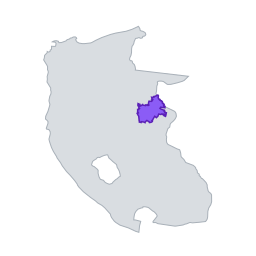 John Taolo Gaetsewe, Northern Cape, South Africa shown in context, rotated 97°
{"feature_id": "47623444B84629172160693", "entity_name": "John Taolo Gaetsewe", "entity_type": "district", "adm_level": 2, "iso_a3": "ZAF", "parent_name": "South Africa", "parent_adm1": "Northern Cape", "projection": "robinson", "projection_center": [22.441, -26.985], "detail": "fine", "context": "in_parent", "style": "filled", "palette": "violet", "viewbox_px": 256, "rotation_deg": 97, "n_neighbors": 0, "source": "geoboundaries", "source_scale": "gbopen_adm2", "svg_char_len": 6511}
<svg xmlns="http://www.w3.org/2000/svg" viewBox="0 0 256 256"><g transform="rotate(97 128 128)"><path d="M184.3,36.9L191.0,36.0L194.0,36.5L197.6,38.1L201.0,38.6L206.7,38.1L208.7,38.3L210.2,38.9L211.4,39.7L212.9,45.9L214.3,52.5L214.2,54.6L214.4,55.4L216.0,58.2L216.6,60.0L217.5,61.4L219.5,68.4L219.7,69.7L219.3,86.7L218.5,88.8L218.8,91.5L217.8,91.8L212.2,88.4L211.2,88.5L209.6,89.8L208.0,91.8L207.3,93.5L204.4,98.1L204.1,101.0L204.3,103.5L205.3,103.6L205.9,105.4L207.4,108.3L210.0,110.1L212.4,111.0L215.8,111.2L218.5,111.1L218.4,109.2L219.1,104.0L223.5,104.6L230.2,104.5L229.6,107.8L227.1,115.5L225.4,124.1L223.3,128.5L222.1,130.3L218.9,133.4L217.1,134.5L215.7,134.9L210.1,141.3L208.0,144.4L206.1,148.9L204.3,151.4L201.5,156.7L196.7,164.5L192.6,169.6L190.9,171.1L189.7,171.7L186.5,174.7L182.1,179.5L178.7,183.7L173.6,188.6L170.7,190.7L166.3,194.8L165.1,195.4L160.2,199.3L156.6,201.6L150.9,204.3L148.7,205.1L143.3,204.4L141.1,204.8L139.2,206.4L139.0,208.7L138.2,209.1L133.3,208.0L131.3,208.2L130.1,209.5L129.1,211.0L126.3,211.1L121.3,209.5L115.4,208.5L114.0,208.4L111.2,209.6L110.2,209.8L106.0,209.5L103.7,208.7L101.5,208.7L99.8,209.4L97.7,209.6L92.2,214.0L89.3,214.0L86.8,214.5L82.5,213.9L81.2,214.2L79.9,215.0L76.9,215.3L75.7,216.0L70.7,220.0L68.7,219.6L66.0,219.6L63.1,217.4L61.9,217.5L62.2,216.9L62.3,215.8L61.3,214.6L60.1,214.7L59.5,213.7L57.7,213.6L56.2,213.9L55.9,210.2L55.2,209.8L53.4,209.7L52.6,209.8L52.2,210.2L51.7,211.0L51.7,213.6L51.1,212.9L50.4,211.3L50.1,209.7L50.4,207.7L51.7,207.0L51.3,204.5L49.1,200.2L47.8,199.2L46.8,197.0L45.8,196.2L45.4,194.7L44.4,193.5L44.0,191.5L44.5,190.4L45.4,189.8L46.3,190.7L47.3,190.4L48.9,189.0L49.7,186.8L49.8,183.4L49.5,181.2L48.2,175.7L47.6,174.4L44.8,170.5L41.5,165.2L37.3,156.8L35.3,151.8L32.2,141.7L29.5,135.9L26.2,130.6L25.8,130.2L26.3,129.6L28.0,128.3L28.8,128.0L29.2,128.1L29.6,127.8L30.0,127.0L30.2,125.1L31.0,123.1L31.7,122.2L33.3,121.7L34.4,122.4L34.9,123.1L35.1,124.1L35.6,124.6L36.5,124.5L37.0,125.1L37.4,126.4L37.3,127.2L36.9,127.8L37.0,128.5L37.6,129.4L38.2,131.4L41.4,132.4L43.1,132.5L44.8,133.0L46.4,133.9L48.9,134.1L52.5,133.7L55.5,133.9L57.8,134.7L59.5,134.9L60.5,134.3L61.0,133.6L60.8,132.5L61.3,131.9L62.5,131.6L63.4,130.8L64.1,129.6L65.8,128.6L68.3,127.8L69.6,127.8L69.3,74.3L73.9,78.0L75.0,79.7L77.2,84.7L79.5,90.9L79.9,93.8L79.8,94.5L77.5,98.6L77.4,100.5L77.7,102.9L78.2,104.1L78.9,104.5L80.5,103.9L83.0,104.5L87.8,104.2L90.2,104.5L90.8,104.3L91.3,103.8L92.0,102.4L92.5,102.0L94.7,101.3L95.7,100.5L97.3,97.8L102.1,94.0L102.6,93.1L105.6,84.2L106.5,82.9L107.8,82.1L110.4,81.4L112.0,81.8L113.6,82.5L115.5,83.8L118.3,86.3L119.2,86.6L122.0,86.7L123.7,88.3L128.9,89.4L130.4,89.4L132.1,88.5L134.7,88.5L137.6,87.9L139.4,86.4L142.8,76.6L143.2,74.4L143.6,73.9L146.3,72.7L149.7,71.9L150.3,71.5L152.4,68.7L155.2,66.5L157.1,58.7L158.4,56.8L159.2,56.0L159.7,56.0L160.4,55.5L161.3,54.6L162.3,54.0L163.6,53.8L164.4,53.1L164.8,52.1L165.4,51.6L166.4,51.6L166.9,51.3L167.0,50.6L169.1,48.9L169.1,48.2L170.3,46.6L172.6,43.9L174.8,42.5L176.8,42.2L180.6,40.8L181.9,39.6L182.8,37.9L184.3,36.9ZM176.5,152.2L179.9,150.9L182.3,149.2L182.9,146.0L184.8,144.0L185.5,142.2L186.1,139.7L185.0,137.1L183.5,136.3L180.8,134.0L179.6,132.5L177.9,131.2L176.8,129.7L174.9,130.2L171.9,131.4L170.0,132.6L168.5,133.9L165.7,134.9L163.0,139.2L162.2,140.2L160.1,143.3L157.2,144.9L157.1,145.4L158.0,148.0L159.4,150.6L160.8,152.6L160.7,153.9L161.1,154.9L162.4,155.6L164.5,158.2L165.6,159.1L168.8,159.7L169.3,159.5L170.2,158.0L170.4,156.9L172.6,153.5L173.6,152.5L176.5,152.2Z" fill="#d9dde1" stroke="#a8b0b8" stroke-width="1"/><path d="M102.5,93.9L102.4,93.9L102.2,93.9L102.2,94.0L102.1,94.3L102.0,94.2L101.9,94.2L101.8,94.3L101.8,94.5L101.8,94.8L101.8,95.0L101.7,95.0L101.6,95.3L101.4,95.4L101.2,95.4L101.0,95.2L100.9,95.2L100.7,95.1L100.4,95.0L100.3,95.3L100.1,95.4L99.9,95.3L99.8,95.5L99.7,95.6L99.6,95.8L99.7,96.0L99.4,96.2L99.3,96.3L99.2,96.2L99.1,96.3L99.2,96.5L99.2,96.8L98.9,96.8L98.7,96.8L98.5,97.0L98.4,97.1L98.2,97.1L97.9,97.1L97.7,97.1L97.6,97.3L97.6,97.5L97.4,97.6L97.1,97.8L97.0,98.0L97.1,98.3L96.9,98.4L96.9,98.5L96.9,98.8L96.8,99.0L96.7,99.0L96.6,99.3L96.6,99.5L96.4,99.6L96.3,99.8L96.2,99.8L96.3,100.0L96.2,100.1L95.9,100.1L95.9,100.3L95.7,100.4L95.7,100.5L95.5,100.8L95.5,101.0L95.4,101.1L95.3,101.3L95.2,101.3L94.9,101.3L94.7,101.4L94.7,101.5L94.4,101.6L94.2,101.7L94.1,101.8L93.9,101.8L93.7,101.8L93.4,101.8L93.2,101.8L92.8,101.8L92.7,101.8L92.6,101.7L92.4,101.7L92.3,101.8L92.2,101.9L91.8,102.1L91.7,102.2L91.7,102.3L91.9,102.5L92.0,102.6L91.9,102.8L91.9,103.0L92.0,103.1L92.0,103.3L92.5,103.7L93.0,104.6L93.5,105.7L93.6,106.1L94.0,105.9L94.4,106.9L94.6,107.0L94.6,108.3L95.0,108.1L95.3,108.1L96.2,107.7L96.4,107.3L96.5,107.1L96.9,107.7L97.1,107.9L97.2,108.0L97.5,107.7L97.7,107.2L98.7,107.8L98.8,110.1L98.9,110.5L99.6,110.5L100.4,110.7L100.6,110.7L101.3,110.7L102.3,110.5L102.7,110.1L103.1,110.5L103.0,110.8L103.0,111.1L102.7,111.2L102.6,111.7L103.1,111.7L103.0,112.3L102.9,113.2L103.6,113.3L103.6,113.9L103.5,114.6L103.5,115.6L103.3,116.3L103.0,116.4L103.3,116.7L104.1,117.6L104.6,118.2L104.8,118.8L104.3,119.0L103.8,119.0L104.4,119.6L103.5,119.7L103.7,120.2L102.6,120.3L102.7,120.8L102.6,121.0L103.0,121.0L103.9,121.0L104.2,121.0L104.3,120.9L104.5,120.8L104.9,120.6L105.4,120.2L105.8,119.9L106.2,119.6L106.6,119.7L106.9,119.7L107.1,119.4L107.3,119.1L107.6,119.6L108.3,119.6L108.4,120.7L109.8,120.5L110.4,120.4L110.8,120.3L111.4,119.8L111.5,120.4L112.2,120.0L112.6,120.6L112.9,120.3L113.9,119.7L115.0,118.8L118.0,118.1L118.9,117.9L119.4,117.7L119.4,117.8L120.0,117.6L120.8,117.4L120.6,116.9L120.7,116.5L120.8,116.2L121.0,115.7L120.1,115.4L120.1,114.8L120.1,114.4L120.2,114.0L120.1,113.4L120.2,112.9L120.6,111.8L120.4,111.8L119.7,111.4L119.1,111.0L118.9,110.8L118.8,110.7L118.2,110.3L118.2,110.1L118.4,109.9L118.6,109.3L118.7,109.1L118.9,108.7L119.1,108.1L119.2,107.8L119.5,107.7L120.0,107.4L119.8,106.6L119.5,105.8L119.1,105.1L118.5,104.6L117.9,104.6L117.7,105.1L117.1,104.7L116.7,104.4L116.1,104.2L115.6,104.0L115.1,103.8L114.7,103.6L114.2,103.4L113.6,103.1L113.1,102.9L113.2,102.7L113.9,101.7L114.3,101.1L113.2,100.2L112.8,99.8L110.4,99.2L110.6,97.0L109.8,96.0L110.4,95.1L111.0,94.2L110.2,93.7L109.8,93.8L110.0,92.9L110.9,93.1L111.5,93.4L111.9,92.2L111.1,92.0L108.2,91.8L108.2,92.1L108.2,92.7L107.9,93.5L106.9,93.4L106.8,94.3L105.9,94.2L105.8,95.2L105.6,95.9L105.2,97.6L105.1,97.8L104.6,98.7L103.9,98.3L103.4,98.1L103.4,97.3L103.4,96.4L103.4,95.4L103.4,94.7L103.4,94.2L103.4,93.8L102.5,93.9L102.5,93.9Z" fill="#8b5cf6" stroke="#5b21b6" stroke-width="1.5"/></g></svg>